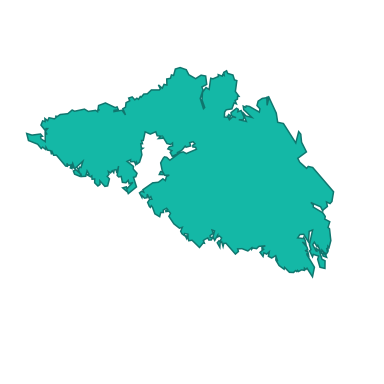 Sveio nor, Hordaland, Norway, rotated 247°
{"feature_id": "86288312B67781995425218", "entity_name": "Sveio nor", "entity_type": "district", "adm_level": 2, "iso_a3": "NOR", "parent_name": "Norway", "parent_adm1": "Hordaland", "projection": "natural_earth1", "projection_center": [5.405, 59.605], "detail": "fine", "context": "isolated", "style": "filled", "palette": "teal", "viewbox_px": 384, "rotation_deg": 247, "n_neighbors": 0, "source": "geoboundaries", "source_scale": "gbopen_adm2", "svg_char_len": 6048}
<svg xmlns="http://www.w3.org/2000/svg" viewBox="0 0 384 384"><g transform="rotate(247 192 192)"><path d="M202.7,314.7L205.9,313.8L196.6,306.7L219.3,302.9L222.7,298.1L231.7,300.4L249.6,299.8L249.9,298.4L247.3,298.6L242.4,295.0L249.6,297.7L250.7,293.2L249.8,288.4L246.2,285.6L242.0,287.0L239.2,285.2L248.3,278.3L250.1,275.5L249.0,274.5L251.0,272.7L247.6,271.8L237.2,276.3L240.9,271.4L246.0,269.6L235.7,269.6L240.3,263.3L238.5,267.2L240.5,269.2L247.8,269.0L248.0,265.5L250.0,266.9L251.7,265.7L249.8,258.9L246.7,258.2L243.2,261.7L245.3,258.9L243.9,254.6L246.7,254.5L245.1,255.5L247.1,257.3L249.0,256.0L246.9,253.9L248.4,251.1L252.9,253.3L254.3,255.7L252.9,261.2L257.6,265.6L255.8,267.3L259.4,267.4L259.7,270.1L262.2,271.3L261.7,272.6L267.6,271.2L277.0,276.8L278.6,274.9L283.7,275.4L287.2,271.2L290.1,271.2L289.7,267.9L286.8,267.2L288.2,266.3L286.8,265.1L289.8,262.0L288.0,261.4L288.0,255.5L289.4,253.7L279.7,247.8L282.7,245.7L279.6,240.6L272.8,237.2L264.8,236.7L264.2,235.1L274.9,236.1L281.6,242.0L284.8,242.1L285.3,247.6L293.4,249.9L296.0,246.0L294.9,239.6L301.2,234.9L306.8,234.5L311.2,229.7L311.7,224.7L306.5,220.6L307.8,218.8L305.1,216.6L305.9,212.9L300.3,210.7L302.0,208.3L299.2,205.2L303.7,202.9L299.3,203.2L298.7,201.8L301.8,194.5L299.8,189.2L301.0,185.9L299.1,182.2L300.1,181.7L298.2,179.0L299.9,177.9L299.2,175.4L302.9,174.1L303.2,170.4L300.3,170.3L300.0,166.2L296.0,163.9L295.7,160.9L288.9,160.9L294.6,159.5L296.5,151.6L297.6,152.1L296.6,156.3L299.6,156.3L299.7,154.3L307.8,147.1L308.1,139.8L305.0,137.9L303.4,138.8L304.3,137.4L302.8,136.5L304.8,135.2L306.7,128.0L310.3,125.4L312.2,115.5L314.3,113.7L312.6,108.3L314.8,101.0L314.1,97.3L315.5,96.0L313.9,96.5L313.1,94.0L316.2,89.4L314.1,87.0L317.1,85.3L314.2,84.3L315.8,82.3L312.6,79.1L306.0,80.9L307.4,82.5L306.8,83.8L305.2,80.7L301.5,81.1L303.7,79.9L295.7,76.6L300.1,73.7L302.2,74.3L301.7,76.1L304.6,75.2L306.9,66.9L310.5,62.7L303.3,61.6L296.3,68.6L290.9,70.2L291.7,72.0L288.3,73.9L290.3,75.1L287.0,75.4L285.2,78.1L281.6,77.3L283.5,78.9L279.9,79.0L278.9,81.6L265.3,85.8L264.4,87.2L267.3,88.0L264.8,88.5L264.2,91.4L261.7,89.4L260.4,90.7L263.5,92.0L263.8,92.6L264.6,92.9L265.1,93.4L261.4,93.1L261.8,91.8L259.3,93.2L263.0,103.6L257.9,99.4L258.8,98.5L257.5,97.0L258.9,95.9L252.7,96.2L257.9,93.8L257.7,91.0L254.3,90.9L250.1,95.0L252.5,96.9L249.4,96.3L248.0,100.3L252.5,103.7L248.7,104.2L249.0,102.0L245.6,104.6L246.0,106.0L242.8,105.0L242.0,107.5L238.5,106.0L234.3,107.7L234.9,110.3L238.2,111.6L231.2,114.0L230.6,116.7L236.3,121.1L239.5,120.0L240.7,122.5L243.6,123.0L241.4,124.5L242.7,126.9L240.4,127.5L242.7,129.0L242.2,130.8L238.8,130.2L244.6,134.6L236.5,129.6L234.5,130.4L234.0,132.9L228.1,131.7L226.3,134.8L227.7,137.8L224.1,137.3L224.0,141.4L220.4,133.4L222.4,133.6L222.9,129.8L218.4,132.0L219.2,132.8L215.4,132.7L218.4,142.9L228.4,143.9L228.0,146.2L230.7,148.7L236.1,146.9L238.5,148.1L245.6,144.1L245.7,148.1L243.9,147.1L242.5,150.9L239.4,150.9L241.1,152.4L239.2,152.3L240.0,155.4L245.8,160.4L250.8,161.6L251.4,164.0L252.2,162.6L256.4,163.7L255.8,165.3L259.1,165.7L258.5,167.3L265.7,172.4L261.6,176.2L261.6,182.2L257.4,181.9L255.6,185.1L254.3,182.0L252.8,186.2L253.9,186.8L246.4,187.9L244.1,190.9L244.7,193.2L242.0,192.2L242.5,188.8L241.1,186.6L237.9,189.6L237.0,187.4L232.5,187.8L232.8,194.0L234.0,194.0L234.4,198.8L236.9,203.6L235.6,204.0L234.9,208.8L238.3,209.1L237.9,212.6L235.2,213.6L234.7,211.0L233.1,210.4L231.8,212.8L229.6,212.8L229.6,201.8L232.4,199.6L232.8,196.2L229.9,184.0L233.8,182.3L235.1,180.4L234.4,178.8L231.0,174.5L221.8,172.6L223.1,171.1L220.9,168.7L219.2,172.3L220.7,173.1L218.0,173.4L216.4,177.7L216.2,174.5L212.9,171.9L215.5,170.4L214.1,164.9L215.8,159.4L213.3,147.7L210.8,147.5L212.4,146.0L211.7,143.3L206.7,143.8L208.1,144.6L204.9,145.9L204.3,148.4L207.5,150.0L203.2,150.1L203.9,152.3L201.0,152.2L201.8,150.3L199.8,147.1L195.3,147.1L194.1,147.6L195.3,149.2L193.5,149.7L186.4,149.3L181.9,152.6L185.3,155.2L184.3,157.7L186.6,158.4L187.0,162.3L185.3,162.8L185.0,160.5L184.1,160.3L183.4,163.2L180.8,163.9L178.6,161.2L169.7,162.9L163.6,166.3L163.3,169.3L160.2,166.2L157.6,166.4L155.1,167.8L156.7,168.9L154.8,171.8L153.0,171.1L154.3,168.7L151.1,168.9L152.9,170.6L148.4,170.0L147.6,173.2L138.0,177.2L140.7,182.3L140.0,183.4L142.9,183.5L143.4,185.8L143.5,188.6L141.2,188.7L140.3,191.0L142.1,193.5L143.1,191.0L144.8,191.6L145.7,195.3L149.2,195.6L147.4,197.6L142.4,193.7L138.6,194.0L142.2,198.8L140.6,198.2L140.7,200.1L138.2,201.3L135.4,198.4L136.6,197.8L135.4,195.4L130.2,196.0L134.2,198.0L134.6,199.9L129.7,199.3L132.3,201.2L131.5,203.3L117.9,207.7L119.1,211.5L121.8,211.8L120.3,215.9L115.9,220.4L117.3,225.1L116.0,224.6L116.7,226.0L114.6,229.3L115.8,232.2L113.9,238.5L113.6,234.7L111.6,234.0L112.2,235.0L111.3,235.6L109.9,231.0L104.9,232.2L107.9,234.4L105.6,236.5L106.7,239.7L103.0,237.2L100.1,239.5L100.7,244.2L94.8,243.8L97.7,243.1L96.7,242.6L90.3,243.4L84.9,246.6L86.4,247.8L80.0,250.3L78.2,254.0L79.2,256.6L77.8,257.4L78.6,258.5L77.2,258.9L77.5,262.5L76.0,264.7L77.9,265.7L76.1,266.4L76.9,268.1L66.9,269.8L74.9,275.3L89.3,273.3L90.8,273.9L87.7,274.0L87.3,274.4L91.6,275.3L93.4,274.4L92.9,273.9L93.7,273.7L93.7,276.0L96.4,276.3L102.9,274.1L99.1,276.4L103.3,277.3L106.5,277.1L105.7,276.2L108.5,271.3L110.7,274.7L109.5,278.3L100.5,279.7L110.0,284.5L109.9,288.2L97.7,279.5L92.4,278.9L91.9,277.2L85.3,277.6L87.2,279.3L83.5,283.6L81.0,281.4L72.7,280.4L69.7,284.5L76.7,287.6L79.3,285.4L88.0,286.3L91.4,284.4L88.7,283.8L89.2,283.2L96.3,282.5L98.0,285.0L93.0,285.8L93.7,286.9L84.4,287.2L87.8,288.9L85.9,289.6L83.1,289.8L84.6,288.2L81.9,287.6L79.3,290.4L83.9,290.6L82.5,291.5L83.5,293.2L87.9,294.0L85.5,294.6L88.9,295.9L87.3,296.4L93.0,300.8L104.4,304.2L106.2,303.3L110.8,307.2L115.2,303.6L117.4,305.1L121.7,304.3L130.7,297.7L132.8,298.7L134.2,297.9L135.6,297.5L136.0,297.2L128.1,304.6L122.8,305.0L124.1,305.2L125.8,311.0L130.3,311.9L127.4,314.5L128.6,317.1L136.9,322.4L167.4,312.7L170.1,309.0L169.0,306.7L177.3,302.8L181.7,302.5L184.2,313.0L195.0,312.3L202.7,314.7ZM249.7,299.8L250.4,299.5L249.6,299.8L249.7,299.8Z" fill="#14b8a6" stroke="#0f766e" stroke-width="1.5"/></g></svg>